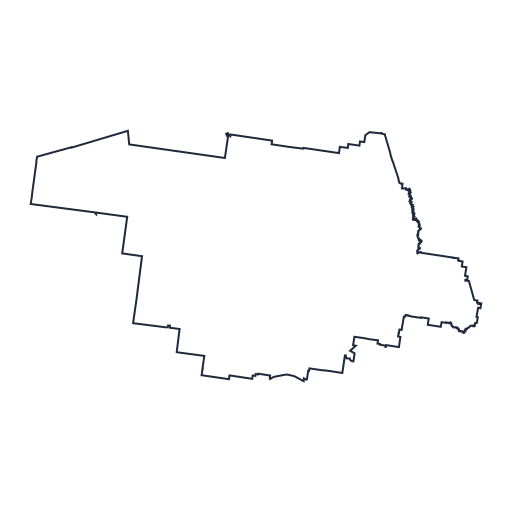 Bland, New South Wales, Australia (Robinson projection)
{"feature_id": "25037944B54195415642362", "entity_name": "Bland", "entity_type": "district", "adm_level": 2, "iso_a3": "AUS", "parent_name": "Australia", "parent_adm1": "New South Wales", "projection": "robinson", "projection_center": [147.412, -33.919], "detail": "fine", "context": "isolated", "style": "outline", "palette": "slate", "viewbox_px": 512, "rotation_deg": 0, "n_neighbors": 0, "source": "geoboundaries", "source_scale": "gbopen_adm2", "svg_char_len": 6041}
<svg xmlns="http://www.w3.org/2000/svg" viewBox="0 0 512 512"><path d="M37.1,156.7L36.7,159.2L36.4,160.1L36.4,162.3L32.3,192.3L31.8,197.1L30.7,204.0L95.7,212.5L95.5,213.6L96.2,214.3L96.4,212.6L127.2,216.8L122.2,253.4L142.0,256.2L136.5,299.3L133.1,323.2L166.5,327.4L167.2,327.3L167.7,326.9L168.0,326.4L168.1,325.5L169.9,325.7L169.7,327.7L179.6,329.0L176.7,352.1L177.3,352.3L204.3,355.9L202.4,369.2L202.6,369.1L201.6,375.2L229.0,379.2L229.5,375.4L252.2,378.8L252.7,375.5L255.4,375.9L255.7,374.0L258.1,374.4L258.2,373.7L270.1,375.5L269.7,378.0L270.1,379.0L273.3,377.1L274.7,376.7L284.1,374.9L286.3,374.6L288.0,374.7L294.4,376.2L303.7,381.2L303.9,378.4L306.2,379.7L306.9,379.5L308.2,370.8L309.0,370.9L309.4,368.4L324.0,370.5L324.1,370.3L331.0,371.2L342.3,373.0L344.9,355.5L345.1,355.3L345.9,355.5L345.9,357.2L346.6,358.4L349.7,358.4L350.1,359.7L350.4,360.2L352.0,361.2L353.4,361.4L354.6,353.3L350.1,350.8L355.8,345.7L353.1,345.2L354.4,336.8L363.8,338.1L369.9,339.3L378.0,340.3L377.5,343.6L380.0,344.0L379.9,344.7L384.6,345.5L385.3,346.2L385.5,347.0L385.8,347.0L386.1,345.1L398.9,347.1L400.4,336.9L398.1,336.5L398.6,333.0L398.9,333.1L399.4,329.6L401.6,329.9L403.9,316.6L404.1,316.4L405.3,316.6L405.7,314.9L408.0,315.3L408.0,315.7L410.4,316.1L410.9,316.4L421.0,317.9L421.1,317.3L428.7,318.5L427.8,324.8L440.8,326.8L441.6,322.2L446.2,322.9L446.2,322.4L448.6,322.8L448.6,323.1L449.0,323.3L449.3,323.2L449.3,322.8L450.3,322.4L450.4,323.1L451.0,323.0L451.3,323.3L451.2,323.7L451.6,324.8L451.4,325.3L451.6,325.8L452.0,325.8L452.6,326.1L452.9,327.1L453.9,327.6L455.1,327.1L455.9,327.2L456.1,327.6L456.7,327.4L456.9,327.6L457.3,327.6L457.6,327.8L457.2,328.5L457.5,328.9L457.9,328.9L458.0,328.4L459.0,329.3L459.0,329.7L458.7,329.9L458.9,330.5L459.3,330.7L459.0,331.1L459.3,331.4L459.9,331.2L460.4,331.3L460.5,331.0L461.2,331.1L461.1,331.4L461.5,331.5L461.9,331.3L462.0,331.7L462.2,331.9L462.7,332.1L463.3,332.8L463.5,332.6L464.0,332.7L463.9,332.0L464.5,331.8L464.1,331.3L464.4,330.8L464.9,331.0L465.0,330.4L465.5,330.5L465.4,330.1L465.6,329.9L465.6,329.3L465.9,329.5L466.1,329.2L466.5,329.3L467.1,329.0L467.2,328.3L467.6,328.2L468.0,327.7L468.8,327.6L469.4,327.2L469.7,326.5L470.8,325.7L471.7,325.6L472.4,326.1L473.1,326.2L473.3,326.0L473.2,325.4L473.4,325.3L473.9,325.5L473.8,326.0L474.0,326.3L474.7,326.2L475.1,323.1L476.8,322.9L477.8,317.1L476.5,316.8L478.1,307.8L480.4,308.2L481.3,303.4L479.5,303.1L479.4,304.1L478.2,303.9L478.4,302.8L477.0,302.6L477.4,300.6L474.2,300.0L468.9,281.0L465.3,280.6L465.4,279.8L467.2,280.1L467.7,276.3L465.0,275.8L466.4,267.2L461.8,266.5L462.6,261.5L459.0,260.9L459.1,260.5L458.1,260.3L458.4,258.4L454.5,257.8L454.5,258.1L452.4,257.7L452.5,257.5L421.3,252.8L420.8,251.9L419.4,252.4L419.5,252.6L417.4,253.3L417.2,251.6L417.6,251.1L417.3,250.9L417.3,250.5L418.5,249.6L418.3,249.1L418.7,248.9L418.7,248.3L419.9,248.3L419.8,247.8L418.7,247.7L418.2,247.0L418.3,246.0L418.7,245.5L418.6,245.1L418.7,244.4L419.0,244.0L419.6,243.8L419.1,243.4L419.9,242.9L420.0,242.2L421.0,242.1L420.8,241.3L420.9,241.0L421.6,240.8L421.3,240.4L420.7,240.2L420.5,240.8L420.2,240.9L420.0,240.5L420.0,239.8L419.9,239.8L419.3,240.5L418.8,240.4L418.8,239.2L419.1,238.6L418.9,238.3L418.3,238.4L417.5,236.6L417.5,235.8L418.2,235.4L418.1,235.1L417.6,234.7L418.0,234.4L417.9,233.5L418.3,233.2L418.2,232.4L418.5,232.0L418.5,231.5L418.2,231.2L418.7,230.8L419.1,230.0L419.7,229.9L420.0,229.2L420.7,229.1L421.0,228.6L420.7,228.1L420.3,228.1L419.7,227.8L419.5,227.2L418.6,226.7L418.9,226.2L418.8,225.8L419.0,225.6L419.7,225.6L419.9,225.4L419.7,225.0L419.2,224.9L418.7,224.2L419.3,223.5L419.1,223.1L418.7,223.1L418.5,222.7L418.9,221.8L418.6,221.6L417.7,221.9L417.5,221.4L418.3,221.1L418.2,220.8L417.8,220.5L416.7,220.3L416.4,220.7L416.1,220.4L416.2,220.2L416.8,219.6L416.4,219.2L416.2,218.4L415.9,218.4L415.7,218.7L416.1,219.1L416.1,219.3L415.6,219.3L415.2,219.7L414.8,219.6L414.9,220.0L413.4,219.9L413.4,219.3L412.8,219.2L412.9,218.7L413.6,218.2L413.5,217.7L413.2,217.8L413.3,217.4L413.7,217.3L414.0,217.0L413.5,216.9L413.9,216.4L413.9,216.1L413.6,215.9L413.1,216.2L413.0,215.8L413.3,215.6L414.1,215.5L414.3,214.9L413.9,214.2L414.2,213.7L413.8,213.6L413.3,214.1L413.0,214.0L413.0,213.3L413.4,213.3L413.6,213.0L412.7,212.7L413.4,212.1L413.1,211.7L413.2,211.1L412.9,211.1L412.5,211.6L412.3,211.4L412.5,210.8L412.9,210.4L413.2,210.5L413.2,210.8L413.5,210.7L413.4,210.2L413.0,210.1L412.8,209.4L413.5,209.4L413.5,209.1L412.5,209.1L412.9,208.4L412.3,208.0L413.0,207.2L412.4,207.0L413.1,206.5L412.9,206.4L412.1,206.5L412.4,205.6L411.7,205.8L411.5,205.5L412.4,204.9L412.1,204.8L411.7,205.1L411.4,205.2L411.1,204.7L411.1,204.2L410.7,203.7L410.9,203.5L411.5,203.7L411.3,202.9L411.6,202.3L410.9,202.2L410.4,202.5L410.5,201.7L409.9,201.7L409.6,201.5L410.5,200.6L410.0,200.2L410.5,199.7L410.1,199.4L410.5,198.8L410.6,198.1L411.2,198.1L411.7,198.7L412.0,198.7L412.0,198.3L411.2,197.6L410.4,197.3L410.4,196.7L410.8,196.4L410.8,196.1L409.9,196.3L409.8,197.0L409.4,196.8L409.2,196.4L410.1,195.5L410.1,195.1L409.9,194.8L409.3,194.6L409.1,194.2L408.6,194.0L408.7,193.2L409.0,192.8L409.3,192.8L410.0,193.4L410.7,192.7L410.6,192.4L409.7,192.2L409.3,191.6L408.9,191.4L409.3,190.7L409.7,190.6L410.3,190.9L410.4,190.5L409.6,189.8L409.1,189.7L409.8,189.1L409.5,188.7L409.0,188.8L408.2,189.7L407.5,190.0L407.1,189.8L407.0,189.2L406.7,188.8L406.5,189.0L406.5,189.5L406.1,189.7L405.9,189.4L405.9,188.5L405.6,188.2L402.6,188.6L401.9,188.3L402.2,186.9L402.2,185.5L402.4,184.8L402.5,183.7L402.0,183.4L401.4,183.7L401.0,183.7L399.3,182.8L399.2,181.5L398.5,180.5L398.6,179.1L393.1,162.4L392.0,159.7L390.6,155.1L390.0,152.1L384.9,134.9L384.9,134.3L382.3,133.9L381.6,133.0L381.1,132.9L380.8,133.3L380.4,133.3L369.4,132.2L365.3,135.3L364.3,142.1L360.0,141.5L359.4,145.6L348.3,144.0L347.8,147.9L339.8,146.9L339.0,153.1L303.5,147.9L303.4,148.6L302.6,148.6L288.3,146.8L271.6,144.3L272.1,140.6L230.6,134.5L230.3,136.2L228.4,134.2L227.9,133.1L226.2,133.7L227.1,136.0L228.1,136.1L224.9,158.0L129.2,144.4L127.9,130.8L71.6,147.6L71.6,147.2L37.1,156.7Z" fill="none" stroke="#1e293b" stroke-width="2"/></svg>